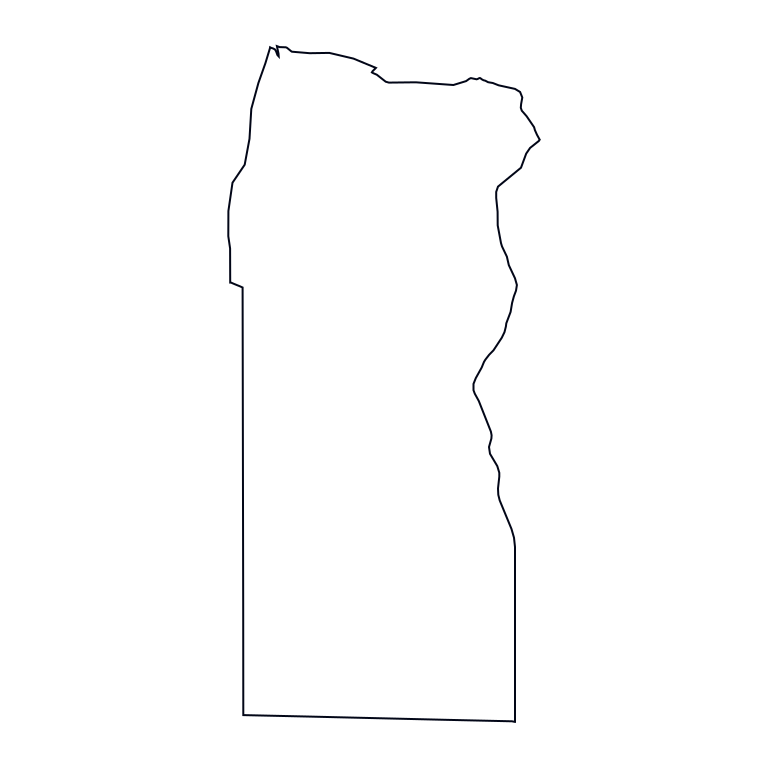 an SVG outline of Al Butnan
{"feature_id": "LBY-2987", "entity_name": "Al Butnan", "entity_type": "Municipality", "adm_level": 1, "iso_a3": "LBY", "parent_name": "Libya", "parent_adm1": "", "projection": "mercator", "projection_center": [24.313, 30.16], "detail": "fine", "context": "isolated", "style": "outline", "palette": "ink", "viewbox_px": 768, "rotation_deg": 0, "n_neighbors": 0, "source": "natural_earth", "source_scale": "10m", "svg_char_len": 1665}
<svg xmlns="http://www.w3.org/2000/svg" viewBox="0 0 768 768"><path d="M539.0,140.8L530.1,147.9L526.2,153.6L521.0,167.7L498.0,186.6L496.2,191.9L496.2,197.9L497.6,211.8L497.7,225.4L501.0,243.1L502.0,246.4L506.9,256.7L508.8,265.1L515.0,278.3L516.9,285.0L516.0,290.7L513.9,296.3L512.1,302.9L510.6,311.9L506.3,323.3L505.9,326.5L504.5,332.1L501.8,337.7L493.5,350.3L489.2,354.7L485.4,359.6L484.0,361.9L481.7,367.5L475.8,378.1L473.5,383.9L473.5,390.2L474.8,393.7L478.8,401.0L490.9,431.6L491.6,435.3L491.4,438.5L489.0,447.0L490.0,453.8L497.3,466.1L499.3,472.8L499.3,476.7L498.0,488.5L498.3,494.8L499.7,500.4L511.5,529.0L514.0,537.7L515.0,547.0L515.0,567.0L515.0,594.1L515.0,658.5L515.0,721.9L514.9,721.9L513.5,721.6L512.1,721.3L444.9,719.8L377.7,718.2L310.5,716.6L243.3,715.1L243.2,609.2L243.0,502.7L242.8,395.4L242.6,287.5L239.7,286.2L236.7,285.0L233.8,283.8L230.8,282.5L230.7,282.6L230.3,282.6L230.2,282.6L230.1,248.5L228.3,236.2L228.4,211.0L232.5,182.7L244.7,164.7L249.5,138.8L251.3,108.9L258.4,83.0L265.4,63.2L269.9,48.4L270.1,47.3L271.0,47.8L273.2,48.5L275.0,49.5L276.1,51.4L277.4,55.0L278.7,56.4L278.5,53.6L276.9,46.1L279.6,47.1L285.8,47.3L287.0,47.8L291.0,51.1L291.9,51.7L309.7,53.2L329.3,52.9L353.5,58.6L375.9,67.9L372.6,71.2L371.9,72.4L373.1,73.1L376.8,74.7L385.7,81.7L388.9,82.6L415.8,82.3L453.4,85.0L466.1,81.1L469.3,78.8L470.9,78.1L476.7,79.3L477.8,78.9L478.9,78.3L479.9,78.0L481.1,78.7L481.6,79.2L483.4,80.2L485.3,80.7L488.1,82.2L492.8,83.0L498.6,85.3L515.0,88.9L520.1,92.0L522.3,97.5L521.1,104.1L520.8,107.8L521.8,110.7L526.6,116.2L534.1,127.2L534.9,130.1L537.0,134.8L539.7,139.7L539.2,140.2L539.0,140.8Z" fill="none" stroke="#020617" stroke-width="2"/></svg>